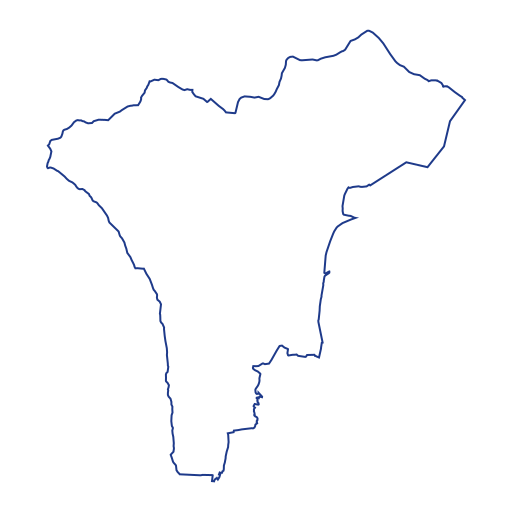 Valea Teilor, Tulcea, Romania
{"feature_id": "2599482B35189846283613", "entity_name": "Valea Teilor", "entity_type": "district", "adm_level": 2, "iso_a3": "ROU", "parent_name": "Romania", "parent_adm1": "Tulcea", "projection": "albers", "projection_center": [28.478, 45.113], "detail": "fine", "context": "isolated", "style": "outline", "palette": "blue", "viewbox_px": 512, "rotation_deg": 0, "n_neighbors": 0, "source": "geoboundaries", "source_scale": "gbopen_adm2", "svg_char_len": 5937}
<svg xmlns="http://www.w3.org/2000/svg" viewBox="0 0 512 512"><path d="M74.0,122.2L71.5,125.6L69.2,127.6L66.9,129.0L64.5,129.7L63.6,130.2L62.9,131.3L62.4,133.7L61.3,136.7L60.4,137.7L58.0,138.7L51.7,139.9L50.3,141.0L49.2,144.3L47.9,145.6L50.2,148.7L51.4,151.4L50.3,156.8L49.6,158.6L48.7,160.2L48.4,161.5L47.6,163.2L47.0,166.4L47.2,167.1L47.5,167.8L48.0,168.2L49.9,167.5L50.6,167.5L53.6,168.5L57.1,170.8L58.2,171.2L64.6,176.5L66.7,178.8L69.0,180.8L72.4,182.4L74.1,183.8L75.3,184.9L76.2,186.4L77.2,187.7L78.5,188.8L79.7,189.2L82.4,189.0L84.6,190.2L85.2,191.2L89.0,194.1L89.6,195.8L90.9,197.0L91.5,197.9L92.6,200.4L93.4,201.2L96.5,202.4L97.4,203.2L98.8,205.2L101.9,208.2L107.0,215.6L108.1,217.9L108.7,220.8L109.4,222.5L118.6,231.5L119.7,235.2L120.2,236.3L122.0,238.3L124.4,242.5L125.2,245.6L126.3,248.6L127.3,252.9L130.4,257.1L131.6,260.0L133.3,263.3L134.2,265.3L134.5,266.7L135.4,268.3L137.5,268.2L142.6,268.7L143.9,268.7L146.4,273.8L149.7,278.9L152.0,284.9L152.9,287.8L153.7,289.8L154.8,291.0L157.0,294.3L157.1,295.5L156.9,297.6L157.4,299.7L159.7,301.6L161.0,304.3L159.9,313.8L160.2,314.7L160.3,317.1L160.4,321.0L161.1,322.5L162.5,323.9L164.1,327.5L164.0,329.0L164.7,335.9L165.4,340.9L166.8,348.2L167.1,352.3L166.9,355.0L167.8,363.4L167.9,365.7L168.3,366.7L167.6,371.9L166.3,373.2L165.9,374.6L166.0,377.7L165.9,380.6L166.1,381.4L167.6,382.9L168.9,385.2L168.6,387.2L167.9,389.4L168.2,390.3L167.9,392.9L167.9,394.9L168.6,396.6L170.5,398.7L171.4,401.9L171.4,404.5L172.4,406.6L172.3,409.3L172.5,412.6L171.6,415.2L171.3,421.1L171.8,425.4L172.0,426.3L172.7,427.4L172.9,428.0L172.3,430.6L172.6,433.7L173.3,436.9L173.8,443.2L173.6,446.1L173.9,447.9L173.9,449.0L173.6,450.6L173.5,451.7L170.7,454.7L170.8,455.1L171.7,457.5L173.0,461.7L173.7,462.8L175.6,464.9L176.0,465.7L176.5,470.2L177.7,472.1L179.1,473.5L179.7,474.3L200.6,475.3L202.6,474.9L212.3,475.1L212.7,475.3L212.0,481.1L214.1,481.3L214.2,480.5L215.6,478.7L216.3,478.7L216.9,478.0L217.9,479.5L218.8,478.1L219.4,477.1L220.1,474.6L219.0,474.4L219.7,472.5L220.7,472.9L222.1,472.7L222.4,471.4L223.5,470.7L223.8,469.1L223.9,465.5L224.8,462.6L225.6,458.3L225.7,456.3L226.7,451.6L228.1,447.1L228.2,445.0L228.6,442.1L228.2,434.8L227.8,433.3L233.6,432.2L233.9,430.6L238.1,430.1L241.7,429.4L251.9,428.2L253.0,428.4L254.4,427.6L255.2,426.0L255.3,425.0L255.5,424.5L257.1,423.3L256.7,422.6L257.0,422.1L256.7,421.3L256.8,420.8L257.4,420.2L257.3,419.7L257.6,419.0L257.4,418.1L256.7,417.1L255.3,416.4L255.2,416.1L254.6,415.8L254.2,415.0L254.7,414.4L254.3,412.3L253.9,411.3L254.0,410.6L253.9,409.5L254.1,408.8L255.0,407.7L254.1,406.9L253.6,406.2L253.7,405.8L254.7,404.0L257.9,404.6L258.5,404.6L258.7,404.4L258.5,403.1L257.5,401.9L257.6,401.3L257.3,400.8L257.6,400.2L257.5,399.2L256.8,398.4L256.6,398.1L256.7,397.7L258.0,397.4L258.9,398.0L259.3,396.9L259.6,396.6L262.0,397.2L262.1,396.6L258.5,392.7L258.5,393.6L258.2,393.8L256.7,393.9L256.1,393.4L255.6,392.4L255.4,390.7L255.4,389.6L255.8,388.7L257.7,386.0L258.5,384.5L259.2,382.4L259.5,380.8L259.4,378.3L260.4,374.0L260.2,373.6L257.8,371.5L255.0,370.2L253.3,368.9L253.0,368.4L252.9,367.8L253.3,366.1L256.2,366.2L258.5,366.0L262.5,363.5L263.1,363.4L264.7,364.1L265.3,364.1L269.0,363.6L271.4,360.0L276.7,350.6L279.5,346.1L279.9,345.9L282.0,345.6L284.5,347.6L287.9,349.0L288.0,349.2L287.4,353.2L288.1,355.3L288.5,355.5L292.5,354.8L295.2,354.7L296.6,354.5L297.9,355.7L298.5,355.9L305.3,356.9L305.9,356.7L307.1,355.0L314.4,354.8L315.0,355.9L315.6,355.9L316.4,356.4L319.0,357.5L321.0,348.6L321.1,347.3L321.8,342.8L322.6,342.6L318.4,322.0L318.3,320.6L318.7,319.4L319.6,310.8L319.8,306.3L320.8,299.3L321.5,296.7L321.5,295.5L323.3,285.2L323.2,283.3L323.7,281.9L323.8,280.5L324.4,276.9L324.8,276.0L325.3,275.5L328.8,273.2L329.3,272.7L329.4,271.9L329.3,271.5L328.9,271.6L326.1,273.2L325.2,273.3L324.6,273.1L324.3,272.8L325.7,255.5L326.5,252.1L330.2,241.2L333.2,233.6L334.2,231.4L336.6,227.6L337.8,226.4L342.5,223.1L351.0,219.5L355.4,217.9L354.4,217.7L350.6,215.9L348.6,215.7L343.9,214.7L343.3,214.2L343.0,213.1L342.6,211.0L342.7,208.4L342.5,206.1L344.3,195.5L344.9,194.0L347.5,188.7L348.5,187.4L349.2,187.8L350.3,187.8L352.8,187.0L358.7,186.3L360.4,186.8L362.0,186.9L366.6,186.4L369.1,184.7L369.4,184.7L370.2,185.4L406.3,162.3L427.5,167.2L444.0,146.4L450.0,121.2L465.0,100.1L462.3,97.7L462.1,97.1L460.0,95.8L454.8,92.1L448.9,87.4L446.9,86.2L446.3,86.5L445.2,86.2L443.3,86.7L443.0,86.3L443.1,85.7L442.9,85.4L441.4,83.0L437.3,80.6L437.2,80.8L435.6,80.3L431.4,80.3L428.7,81.2L427.6,80.1L424.7,78.7L419.8,75.2L417.0,74.7L414.0,74.2L409.2,72.0L403.9,66.7L399.9,65.1L397.1,63.0L395.4,61.3L390.2,54.1L383.3,43.4L378.8,38.0L372.8,32.6L369.4,30.9L368.5,30.7L367.2,30.8L361.3,34.6L358.3,37.4L354.9,39.4L350.7,40.9L350.4,41.2L345.2,49.6L344.6,50.1L343.0,51.1L342.0,51.3L340.3,52.2L336.3,54.7L333.4,55.8L325.2,57.3L320.8,58.7L318.0,60.2L316.8,60.4L312.6,59.5L301.8,60.3L299.9,60.1L292.9,56.6L290.2,56.9L288.3,57.9L286.7,59.6L286.2,60.5L286.0,61.5L285.8,64.7L284.9,67.9L281.9,73.2L281.6,75.7L281.0,78.5L279.5,81.9L278.9,85.1L276.7,89.3L275.7,91.7L274.3,94.1L273.2,95.6L270.2,98.2L268.5,99.1L267.6,99.2L264.2,99.0L258.6,96.8L254.5,97.6L250.3,96.8L244.6,96.4L241.2,97.6L239.6,99.0L238.0,102.1L235.5,112.6L235.3,113.0L234.9,113.2L226.0,112.4L224.6,110.6L223.1,109.1L218.8,105.9L210.8,98.9L207.6,101.8L207.1,102.0L203.4,98.8L195.6,96.3L193.9,94.3L192.3,92.0L192.4,89.9L190.2,89.9L187.2,89.2L184.5,90.1L182.5,89.5L178.3,87.0L172.5,83.0L170.1,82.5L168.4,81.8L166.8,79.9L166.2,79.5L163.5,78.9L161.8,78.8L160.6,79.0L158.4,80.2L154.4,79.7L150.4,81.5L149.6,81.3L148.3,84.9L147.2,86.5L146.8,87.8L145.0,90.4L144.6,92.7L142.0,95.9L141.1,97.5L141.0,97.9L141.2,98.9L140.7,100.7L140.1,102.0L138.1,105.2L133.4,105.3L132.3,105.6L130.3,105.8L127.6,106.5L121.7,110.2L119.9,111.6L114.7,113.7L108.2,120.2L105.1,119.9L98.7,119.7L93.7,121.2L92.0,123.0L88.1,123.3L85.6,122.4L84.1,121.4L82.4,121.1L81.2,120.4L79.2,120.4L77.8,120.1L76.3,120.5L74.0,122.2Z" fill="none" stroke="#1e3a8a" stroke-width="2"/></svg>